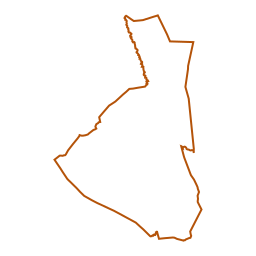 Santa Catarina Tayata, Oaxaca, Mexico
{"feature_id": "50627088B92542152124342", "entity_name": "Santa Catarina Tayata", "entity_type": "district", "adm_level": 2, "iso_a3": "MEX", "parent_name": "Mexico", "parent_adm1": "Oaxaca", "projection": "albers", "projection_center": [-97.553, 17.341], "detail": "fine", "context": "isolated", "style": "outline", "palette": "amber", "viewbox_px": 256, "rotation_deg": 0, "n_neighbors": 0, "source": "geoboundaries", "source_scale": "gbopen_adm2", "svg_char_len": 3383}
<svg xmlns="http://www.w3.org/2000/svg" viewBox="0 0 256 256"><path d="M193.3,42.1L170.0,41.4L167.1,34.5L157.8,15.4L156.0,16.0L154.3,16.5L150.5,17.7L146.9,18.9L146.0,19.1L145.2,19.4L143.0,20.1L140.3,20.4L139.3,20.5L138.2,20.6L136.0,20.8L133.8,21.0L131.1,19.2L128.4,17.3L126.5,16.0L126.1,15.8L125.4,16.3L125.1,16.8L124.6,17.6L124.6,18.0L125.1,18.0L125.2,18.5L125.2,18.8L125.3,19.8L125.5,19.8L125.9,19.8L126.2,20.2L126.7,20.9L126.7,21.5L126.5,22.0L126.5,22.5L126.8,23.6L126.7,24.2L126.3,24.8L126.8,25.4L127.1,25.7L127.3,26.0L127.2,26.3L127.1,27.4L128.2,28.1L128.4,28.7L128.2,29.5L128.6,30.2L128.4,31.5L128.8,32.3L129.1,32.2L129.5,32.6L130.3,32.7L131.0,33.5L131.4,33.7L131.4,34.1L131.1,34.4L130.1,35.8L130.4,36.8L131.4,36.8L131.5,37.3L130.8,37.9L131.3,38.8L132.2,39.5L132.4,40.3L132.3,41.3L133.0,42.3L134.1,42.0L134.4,42.2L134.7,42.8L134.6,43.5L135.0,44.8L135.1,45.8L135.2,46.0L135.1,46.3L135.3,47.2L135.3,47.9L135.5,48.4L135.9,48.4L136.1,48.8L137.2,49.5L137.6,50.1L137.5,50.8L137.0,51.5L136.5,52.2L136.7,52.7L137.1,52.7L138.2,54.0L138.3,54.2L138.2,55.0L139.0,55.1L139.3,55.9L139.2,57.0L139.7,57.0L139.9,57.7L139.6,58.8L140.3,58.9L140.7,60.5L141.1,61.1L141.7,61.5L142.1,61.9L142.1,62.9L141.3,63.0L140.9,63.9L141.8,64.3L142.3,64.8L142.5,65.5L142.1,66.1L141.9,66.7L142.9,66.6L143.4,66.9L143.2,67.6L143.4,68.2L143.4,69.3L143.5,69.6L143.6,70.0L143.8,71.0L144.7,72.0L144.8,72.5L144.4,72.7L144.0,72.9L143.7,74.8L144.1,75.3L145.0,75.4L145.3,75.6L145.2,75.8L145.1,77.6L146.0,77.6L146.3,77.7L146.5,78.9L146.6,79.1L146.4,79.7L147.0,80.1L147.7,80.3L148.2,81.2L146.5,81.8L146.9,82.7L147.5,83.5L147.3,84.3L146.5,84.2L146.6,84.8L145.8,85.5L145.4,86.3L145.0,86.6L138.1,87.7L133.0,88.6L129.3,88.9L126.2,91.8L123.0,94.5L115.4,101.5L113.6,102.7L109.1,105.6L107.9,107.0L104.7,110.7L99.3,117.0L99.2,117.2L100.2,122.0L98.6,122.3L98.0,123.2L96.4,124.1L95.6,125.9L95.4,126.7L96.3,128.6L94.8,129.5L93.5,129.9L89.1,133.3L87.8,134.5L85.2,135.3L84.5,135.4L82.8,135.7L81.7,135.7L79.6,135.1L79.3,136.1L77.6,138.4L73.0,144.0L68.1,150.3L66.0,154.1L65.8,154.5L65.1,155.2L63.5,155.4L62.8,155.8L60.7,155.6L59.6,155.7L59.0,156.2L57.7,157.2L57.2,157.6L54.5,159.7L56.8,163.1L60.6,168.7L62.6,171.9L64.2,174.3L66.6,177.9L67.1,178.7L68.5,180.2L69.8,181.4L76.7,188.2L80.0,191.8L83.6,195.3L84.2,195.9L92.0,200.3L97.2,203.0L99.6,204.1L108.6,208.3L114.0,210.8L126.4,217.5L135.8,222.6L139.8,226.3L143.2,229.3L150.2,236.2L150.9,236.4L153.6,234.8L153.6,235.4L154.3,234.9L155.2,235.0L156.1,233.1L155.9,232.3L156.8,231.7L157.1,231.8L157.3,232.8L159.0,238.8L161.7,238.5L164.6,238.2L172.9,237.5L174.5,237.7L177.0,238.9L182.8,240.4L183.5,240.6L184.0,240.2L184.8,240.3L185.1,240.1L185.9,239.4L187.4,238.8L189.0,238.1L190.4,237.8L191.2,235.9L190.7,234.3L190.2,231.5L201.5,209.5L197.8,202.2L197.7,201.2L198.0,198.8L197.6,195.7L199.0,192.0L197.8,188.7L197.6,187.3L196.6,185.0L194.0,179.6L191.0,175.3L190.3,173.6L189.3,170.9L185.4,160.6L184.3,157.7L183.7,155.7L183.0,153.0L181.4,146.9L182.7,147.9L182.5,147.0L182.8,147.2L183.1,147.1L183.7,146.9L183.9,146.9L184.4,146.7L184.8,146.7L185.3,146.9L185.7,147.3L186.1,147.6L186.4,148.2L186.5,148.8L186.8,149.1L187.1,149.3L187.9,149.5L188.6,149.5L189.2,149.8L189.6,150.1L190.1,150.3L190.5,150.4L191.0,150.4L191.9,150.1L193.2,150.4L193.7,151.6L193.6,152.1L193.9,152.8L193.7,151.0L193.8,148.8L188.7,98.6L185.4,86.9L188.0,69.1L188.1,66.0L193.3,42.1Z" fill="none" stroke="#b45309" stroke-width="2"/></svg>